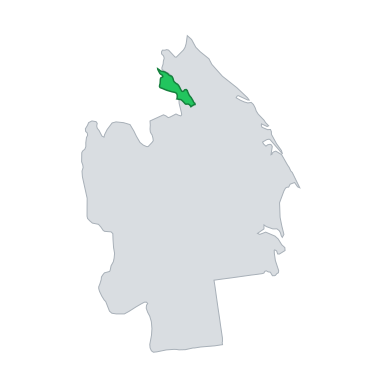 Doutsita, Gabon (highlighted), rotated 172°
{"feature_id": "22940354B92057182831829", "entity_name": "Doutsita", "entity_type": "district", "adm_level": 2, "iso_a3": "GAB", "parent_name": "Gabon", "parent_adm1": "", "projection": "equal_earth", "projection_center": [11.621, -2.919], "detail": "fine", "context": "in_parent", "style": "filled", "palette": "green", "viewbox_px": 384, "rotation_deg": 172, "n_neighbors": 0, "source": "geoboundaries", "source_scale": "gbopen_adm2", "svg_char_len": 4876}
<svg xmlns="http://www.w3.org/2000/svg" viewBox="0 0 384 384"><g transform="rotate(172 192 192)"><path d="M255.2,43.5L255.0,47.0L252.1,55.6L250.7,62.2L250.3,69.2L251.1,74.8L252.6,78.9L253.5,83.3L252.8,86.3L251.4,87.6L252.3,89.2L254.5,89.5L258.1,88.2L263.7,85.9L271.1,82.5L275.9,80.7L283.9,81.8L288.2,83.1L290.3,85.5L292.7,95.6L293.9,97.1L295.8,101.4L297.4,106.5L297.8,109.2L297.6,111.0L296.0,113.8L294.1,117.9L293.5,120.4L292.0,122.2L290.0,124.1L284.7,124.8L283.9,125.9L282.4,130.2L279.6,133.9L278.3,137.4L277.2,142.1L277.4,147.9L276.8,156.2L276.2,161.8L277.7,163.8L284.0,165.2L285.3,166.3L287.0,169.8L289.1,173.0L295.0,175.1L297.2,177.6L299.1,180.3L299.3,182.6L298.0,191.6L296.7,200.3L297.2,206.9L297.7,213.2L298.4,222.4L298.0,228.0L296.4,231.4L296.4,234.1L297.1,237.3L295.7,246.2L294.7,247.7L292.1,249.4L290.8,251.8L290.3,255.6L288.9,260.7L287.5,262.6L287.5,265.0L288.9,266.8L288.8,269.4L286.2,272.6L284.7,275.1L281.2,276.3L277.2,275.0L276.3,273.2L277.2,270.5L276.9,268.2L275.5,265.9L273.4,259.9L271.5,258.6L270.5,261.1L267.3,265.7L261.5,271.5L257.5,272.0L250.2,270.2L244.0,267.4L241.1,260.5L239.3,254.9L236.6,248.3L233.7,245.2L230.5,243.2L229.1,243.1L224.6,246.7L223.2,248.2L223.2,251.2L223.6,254.1L224.3,255.5L224.9,257.3L224.8,260.2L224.0,264.0L223.7,268.2L209.5,272.4L207.1,270.9L205.3,269.0L203.2,269.3L197.0,271.5L194.8,270.0L192.5,268.9L191.5,269.8L191.4,271.6L192.4,281.5L192.1,285.3L190.7,290.2L190.0,293.6L193.8,294.5L195.1,296.1L196.4,298.6L198.2,300.9L198.4,302.3L196.3,304.9L195.6,308.1L196.6,310.6L199.1,313.2L202.9,315.9L204.7,317.7L204.5,319.3L202.8,322.7L202.1,325.7L200.9,328.3L201.2,330.7L202.9,333.0L202.7,335.0L201.5,336.6L199.2,336.2L197.3,336.5L195.5,335.8L190.0,328.0L188.8,327.7L180.7,333.8L178.7,336.3L177.1,339.8L174.9,347.5L171.2,343.1L168.1,334.8L164.4,329.8L156.7,321.6L154.6,315.6L145.8,302.4L133.1,289.1L124.0,277.7L122.6,275.1L124.1,275.4L133.0,281.1L134.2,280.5L135.2,279.2L131.4,276.2L127.7,273.9L124.3,272.4L120.9,272.5L119.0,270.1L117.7,266.4L117.1,263.2L115.6,259.9L110.7,253.1L109.5,250.5L106.9,246.9L108.5,246.4L113.7,249.8L114.1,248.5L113.7,246.4L108.5,243.2L105.6,243.0L105.0,240.7L105.3,238.0L101.6,228.1L97.7,220.7L97.1,217.1L107.6,233.3L109.0,233.6L110.8,233.4L115.2,231.6L114.4,229.5L112.4,227.1L110.5,228.2L108.0,228.4L106.7,227.5L106.2,225.8L108.6,217.9L107.5,218.3L106.8,219.7L105.4,220.4L103.3,220.8L98.1,216.6L93.6,205.3L92.4,202.9L91.2,199.0L90.0,197.4L84.7,181.2L86.7,182.4L89.1,187.1L93.7,186.1L95.6,183.4L97.1,183.5L98.8,182.9L100.8,180.3L106.8,169.2L108.3,154.6L107.8,145.9L106.9,137.2L108.9,134.5L109.7,136.3L110.1,139.3L111.0,141.6L113.1,143.7L117.1,144.2L123.2,147.4L125.3,149.4L125.9,145.4L132.9,141.9L130.8,140.6L124.6,142.0L116.0,136.8L113.2,133.5L110.5,127.3L107.8,124.0L108.0,121.1L114.1,118.4L115.8,118.7L116.4,121.9L118.1,123.2L118.7,122.8L119.0,120.0L119.0,112.6L117.1,102.0L117.7,100.0L119.4,99.3L120.9,97.9L121.9,97.6L124.0,97.9L125.0,100.3L125.6,101.7L127.7,102.3L129.4,103.6L130.9,103.3L132.1,101.7L133.9,101.4L139.5,101.4L144.6,101.5L154.7,101.5L164.8,101.5L174.9,101.6L182.5,101.6L182.4,95.6L182.4,86.2L182.4,75.2L182.3,64.6L182.3,54.8L182.2,43.2L182.6,39.9L183.1,38.5L183.0,36.6L190.8,36.5L204.9,37.3L211.1,37.2L212.9,37.4L220.6,36.8L226.8,37.5L229.5,38.3L231.9,38.7L239.4,39.2L249.1,38.6L252.5,38.7L254.3,40.4L255.2,43.5Z" fill="#d9dde1" stroke="#a8b0b8" stroke-width="1"/><path d="M208.8,318.8L208.8,318.2L208.4,316.9L208.1,316.1L207.7,315.0L207.3,313.9L206.8,313.2L205.8,312.4L205.1,311.7L204.8,310.6L205.1,310.0L205.8,309.7L206.6,309.6L207.2,309.1L207.6,308.1L207.9,306.7L208.1,305.6L208.5,303.8L209.2,302.2L209.5,300.9L209.1,299.9L208.5,299.5L206.6,298.5L204.5,297.2L202.5,296.1L200.5,295.2L197.6,293.9L196.1,293.4L194.7,292.8L193.6,291.8L193.2,290.5L193.2,289.2L193.5,287.9L193.7,286.6L194.0,286.3L193.2,286.0L192.4,285.7L191.1,285.3L190.4,285.1L189.8,284.8L189.3,284.2L188.4,283.1L187.6,282.0L186.9,280.9L186.3,280.1L185.7,279.8L185.0,279.8L184.0,279.7L183.3,279.5L182.5,278.9L181.8,277.9L181.4,277.1L181.2,276.6L180.3,277.2L179.8,277.3L179.1,277.5L178.6,278.0L178.1,278.1L176.8,278.2L176.8,279.4L177.2,279.7L177.7,280.3L178.0,281.2L178.5,282.8L178.9,283.7L179.1,284.2L179.4,284.9L179.6,285.5L180.0,286.1L180.5,286.9L181.1,287.9L181.5,288.9L181.8,290.0L182.1,291.0L182.5,292.5L182.5,293.2L183.0,293.3L183.3,293.8L183.4,294.2L184.1,294.3L185.0,294.2L185.5,293.8L185.9,293.3L186.4,293.0L187.3,292.9L188.1,293.2L188.5,294.1L188.9,295.0L189.4,296.6L189.7,297.5L190.3,299.0L190.7,299.8L191.3,300.6L191.6,301.0L192.0,301.1L192.8,301.9L193.8,303.0L194.6,304.1L194.8,305.1L194.9,306.2L195.1,307.4L195.4,308.2L195.8,309.2L196.1,309.6L196.8,309.8L197.6,310.3L198.3,310.9L198.9,311.4L199.2,312.0L199.4,312.4L200.1,313.0L201.2,313.8L201.9,314.4L202.8,314.9L203.7,315.2L204.4,315.6L205.3,315.8L205.8,316.0L206.5,316.5L207.7,317.8L208.8,318.8Z" fill="#22c55e" stroke="#15803d" stroke-width="1.5"/></g></svg>